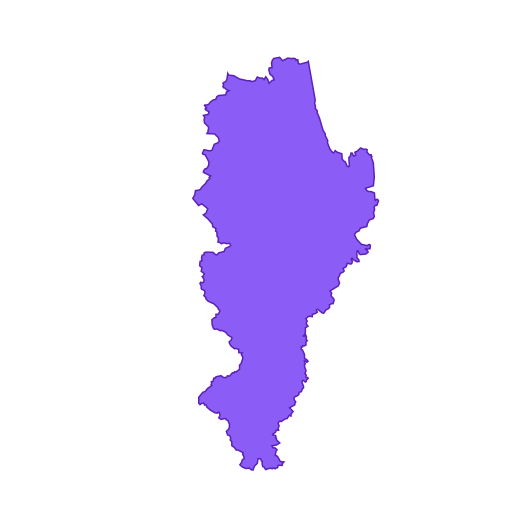 Phouvong, Attapu, Laos, rotated 113°
{"feature_id": "54806243B34270486399712", "entity_name": "Phouvong", "entity_type": "district", "adm_level": 2, "iso_a3": "LAO", "parent_name": "Laos", "parent_adm1": "Attapu", "projection": "mercator", "projection_center": [107.075, 14.518], "detail": "fine", "context": "isolated", "style": "filled", "palette": "violet", "viewbox_px": 512, "rotation_deg": 113, "n_neighbors": 0, "source": "geoboundaries", "source_scale": "gbopen_adm2", "svg_char_len": 6128}
<svg xmlns="http://www.w3.org/2000/svg" viewBox="0 0 512 512"><g transform="rotate(113 256 256)"><path d="M56.4,283.9L57.4,284.3L62.2,290.4L62.2,292.2L59.1,294.1L59.2,295.1L60.2,295.5L59.1,296.9L59.1,298.2L60.3,300.2L61.4,304.1L65.8,307.7L63.9,311.9L67.3,316.9L69.6,317.4L72.4,317.1L76.3,314.8L77.7,317.3L79.5,317.0L83.2,314.2L84.2,310.8L86.8,308.1L88.1,309.8L91.9,311.4L88.7,314.4L87.2,317.1L90.4,317.5L89.7,319.9L90.6,321.2L90.8,324.8L94.9,325.1L97.2,328.2L96.9,330.0L97.9,331.8L99.5,340.4L98.7,346.9L100.2,352.0L99.0,353.3L104.9,351.8L107.3,352.0L109.4,353.9L110.3,353.7L111.1,352.6L112.9,352.7L113.8,351.6L113.5,350.3L114.4,348.5L114.4,345.5L116.5,347.3L119.5,346.9L122.9,353.1L124.6,354.3L127.8,354.3L129.0,356.3L131.9,358.1L134.7,358.8L136.4,360.5L136.9,362.1L137.6,362.2L139.0,359.4L140.2,360.3L141.1,359.8L141.7,355.5L144.5,355.5L147.1,359.3L148.3,357.5L150.9,357.0L153.7,355.3L155.5,350.7L156.5,349.7L160.4,348.8L162.5,349.0L159.8,341.8L161.7,337.0L164.8,334.5L167.1,335.7L169.5,338.1L175.8,337.8L177.4,339.8L178.4,345.3L182.3,345.5L183.1,344.6L182.7,342.3L188.0,335.9L191.7,335.0L194.5,335.5L195.9,337.1L198.5,337.5L199.6,337.1L200.0,328.9L201.9,329.9L202.8,328.8L205.9,330.4L209.1,330.8L214.0,332.9L216.2,333.1L218.0,334.7L219.3,337.3L223.5,336.3L227.7,336.7L232.0,328.5L229.1,326.4L231.3,318.9L236.3,318.8L238.7,320.6L240.7,314.5L243.5,308.8L246.0,307.2L246.3,303.7L248.9,302.9L249.2,301.4L253.1,299.5L254.1,297.6L258.1,296.4L257.7,294.8L258.2,292.5L256.4,290.8L256.1,287.8L254.7,285.3L256.0,283.5L257.1,283.6L260.9,287.2L264.4,287.1L267.5,291.4L270.1,292.3L270.5,294.3L269.4,296.8L271.3,302.0L272.4,304.2L273.6,305.0L274.9,304.2L276.5,305.9L279.6,305.2L281.4,303.8L282.7,305.4L286.7,304.2L287.5,303.0L287.6,301.3L291.5,300.5L292.4,296.6L295.1,296.8L295.9,297.5L298.2,294.2L301.3,294.3L301.9,296.8L303.3,296.8L305.1,294.6L307.2,293.8L307.9,292.8L307.9,289.8L310.4,288.4L312.9,288.5L313.8,285.9L315.0,285.4L316.3,282.5L316.5,276.0L318.5,270.8L319.9,269.6L320.0,268.1L321.1,267.7L324.4,268.0L325.3,270.1L328.2,268.9L329.3,270.4L331.9,271.7L336.6,269.4L339.4,266.7L339.6,265.6L338.5,263.6L338.7,259.4L337.8,258.5L338.0,254.2L339.7,250.9L340.5,246.2L343.1,246.0L345.6,247.2L346.7,246.3L348.5,244.1L349.8,239.6L349.0,238.2L348.7,235.5L351.7,234.0L350.6,230.8L352.5,231.0L353.9,229.0L355.6,228.1L361.3,227.7L362.8,228.5L366.7,226.9L370.5,229.1L370.9,230.5L371.9,230.6L372.8,232.1L376.9,233.4L377.5,235.6L378.4,235.4L380.1,236.9L380.5,238.9L379.8,241.3L382.0,244.6L383.3,245.9L384.2,245.8L385.0,247.2L387.9,246.6L389.2,248.0L390.9,247.0L392.0,247.1L392.6,246.1L396.6,248.7L400.7,249.9L402.2,251.7L408.4,253.5L413.9,251.2L414.7,249.4L413.4,248.8L411.7,246.8L413.3,245.1L412.5,243.7L414.3,242.2L415.7,237.8L416.4,232.4L415.8,230.2L414.3,229.4L414.4,228.7L416.6,226.9L419.5,227.0L420.1,224.5L417.7,221.0L417.5,220.4L418.4,219.5L418.4,217.7L421.1,214.8L424.3,213.5L426.5,213.6L428.9,214.8L431.8,212.3L431.7,210.0L433.3,208.2L435.4,207.9L436.4,205.8L440.0,204.2L440.9,200.7L442.3,198.7L441.7,196.4L442.1,191.0L443.8,190.8L445.2,188.9L447.2,187.7L449.0,189.0L451.5,188.6L454.5,189.3L455.6,186.1L455.6,182.4L453.9,179.2L454.6,176.7L454.2,175.1L450.1,175.3L446.3,173.8L441.8,174.9L440.9,172.6L442.6,170.9L442.7,169.9L445.2,169.1L447.2,167.4L447.1,166.3L448.8,163.7L445.6,159.9L445.6,158.0L444.4,157.4L444.4,155.2L443.2,154.8L442.5,153.4L440.0,153.8L438.5,150.1L436.4,150.5L434.7,149.8L435.6,153.3L432.0,158.0L432.0,160.3L428.2,161.3L426.1,160.9L425.2,163.5L425.9,165.3L424.6,167.2L421.8,163.1L418.8,161.1L417.3,165.2L416.0,165.9L415.9,166.9L414.7,166.9L413.6,167.9L414.2,170.7L413.8,171.1L410.6,169.2L408.5,169.2L407.5,167.1L405.8,168.3L403.2,168.4L401.5,170.2L399.6,170.1L398.5,169.2L398.6,168.1L394.4,165.5L393.6,163.9L389.6,163.1L389.7,161.3L387.7,161.9L384.6,161.1L382.6,165.8L377.8,162.1L376.8,162.6L374.8,162.4L373.6,164.5L371.7,165.6L369.7,164.8L369.0,163.7L366.8,162.4L364.8,163.1L363.1,161.3L360.0,161.4L358.9,160.7L357.4,161.3L354.4,164.2L352.6,164.6L352.1,163.4L352.8,161.5L352.0,160.7L350.5,161.2L348.5,160.1L347.6,160.8L348.1,162.0L347.8,162.9L345.9,163.3L345.2,165.0L342.1,165.1L338.9,168.0L337.1,168.9L336.1,168.4L333.9,170.5L333.3,169.7L333.9,167.6L332.6,166.9L331.4,169.2L331.6,171.1L327.7,172.9L324.4,176.4L324.0,178.0L322.3,178.9L321.5,177.6L320.4,178.0L319.9,176.4L318.4,175.2L315.3,176.6L313.9,175.7L313.0,177.5L310.9,177.8L309.3,179.4L311.2,180.4L311.1,181.2L308.4,180.2L302.7,182.5L300.3,180.7L298.9,183.1L297.6,183.7L295.9,183.4L294.2,185.7L290.9,183.9L289.8,180.5L287.7,181.3L285.8,178.9L283.7,177.6L282.6,179.1L281.5,179.1L281.0,178.2L282.5,172.9L282.3,171.3L278.3,170.6L276.0,168.6L274.4,168.2L272.5,169.4L270.2,167.7L269.8,166.4L266.2,166.8L265.0,167.7L263.7,170.8L262.4,171.7L260.6,171.8L259.2,174.2L251.5,168.7L248.2,168.5L245.4,171.2L243.9,171.8L241.0,171.4L239.2,171.8L237.1,169.7L235.4,169.0L233.2,170.9L230.6,168.8L227.0,169.1L226.4,165.6L225.5,164.9L223.4,165.1L221.6,167.2L220.9,167.0L220.5,166.2L221.4,164.9L221.9,160.9L220.8,159.0L219.5,159.7L218.1,162.4L212.8,164.8L211.6,164.7L211.3,164.3L213.8,161.6L213.9,160.4L211.3,155.7L208.9,154.3L208.0,154.7L206.8,157.9L206.0,157.4L206.3,156.4L204.7,153.9L201.5,154.9L201.0,155.9L201.9,157.1L202.9,157.4L204.1,163.5L201.2,170.0L197.8,173.7L195.0,173.2L192.9,171.1L189.6,170.8L185.5,165.5L182.8,166.1L178.5,165.8L175.7,162.7L173.4,162.5L170.3,164.7L166.8,165.0L164.7,166.4L163.0,166.0L162.1,164.5L157.4,164.8L156.4,166.1L156.8,167.2L158.1,167.7L158.0,168.4L151.7,171.6L151.7,175.0L152.7,177.9L152.4,179.7L150.9,181.7L145.5,175.4L137.0,178.0L124.4,184.4L119.9,188.5L119.1,188.2L118.8,189.1L117.8,189.6L118.5,191.3L116.9,194.6L114.7,195.2L114.7,196.7L115.7,198.5L115.7,202.0L120.3,203.9L121.4,205.4L122.3,205.4L124.0,203.6L125.7,204.7L125.7,205.4L123.7,207.6L124.1,208.8L127.1,208.2L129.1,209.0L136.6,205.3L137.7,205.7L137.6,207.4L134.4,210.6L134.2,212.6L133.0,214.6L128.4,216.9L128.7,222.2L128.0,224.3L130.6,224.8L130.9,225.7L128.5,230.0L123.9,234.4L121.7,235.1L118.1,239.3L116.6,239.9L114.0,243.5L104.2,251.5L100.4,255.5L98.3,256.5L97.0,259.1L94.7,259.9L92.8,261.6L89.4,262.4L56.4,283.9Z" fill="#8b5cf6" stroke="#5b21b6" stroke-width="1.5"/></g></svg>